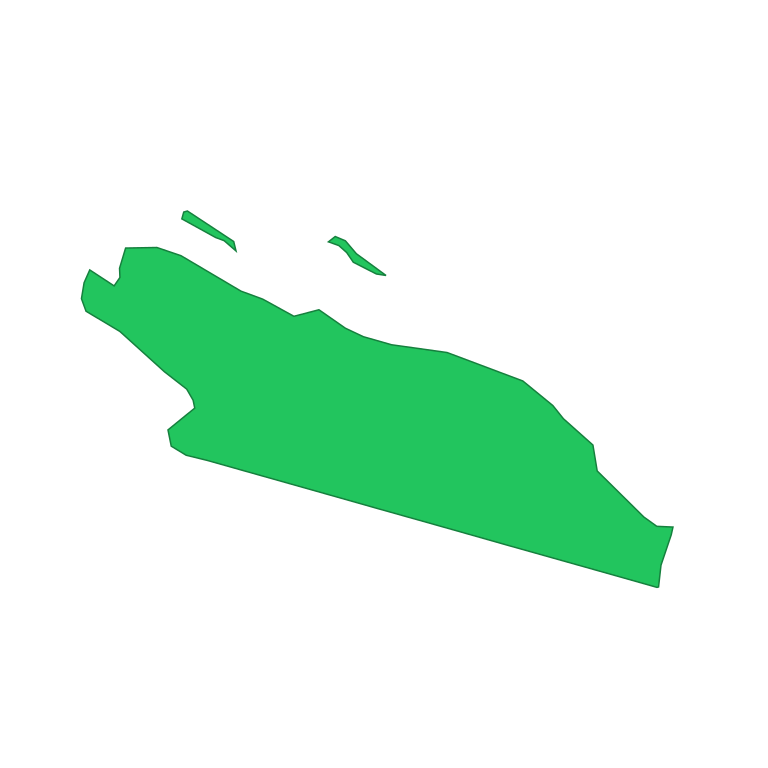 outline of Belize, rotated 284°
{"feature_id": "BLZ", "entity_name": "Belize", "entity_type": "country or territory", "adm_level": 0, "iso_a3": "BLZ", "parent_name": "North America", "parent_adm1": "", "projection": "equal_earth", "projection_center": [-88.465, 17.185], "detail": "fine", "context": "isolated", "style": "filled", "palette": "green", "viewbox_px": 768, "rotation_deg": 284, "n_neighbors": 0, "source": "natural_earth", "source_scale": "50m", "svg_char_len": 947}
<svg xmlns="http://www.w3.org/2000/svg" viewBox="0 0 768 768"><g transform="rotate(284 384 384)"><path d="M267.1,230.4L267.0,209.3L272.2,192.6L287.2,185.5L306.7,200.1L314.8,206.2L322.1,202.7L331.3,193.8L342.7,168.1L371.1,115.0L382.5,77.3L393.6,69.8L409.7,68.5L423.5,70.9L413.9,98.4L423.5,102.0L432.3,99.4L453.4,100.4L461.5,130.6L459.4,155.9L439.5,222.8L437.0,245.8L427.9,280.2L440.3,302.9L428.8,333.0L424.9,352.5L423.9,381.8L429.8,437.6L420.5,518.0L403.9,553.1L393.7,566.5L375.3,601.5L351.2,611.9L317.8,668.3L311.9,683.1L315.1,699.0L307.2,699.2L275.2,696.6L253.5,699.5L252.7,698.1L254.6,637.5L257.4,543.8L259.6,475.1L261.6,408.0L263.2,357.7L265.3,289.4L267.1,230.4ZM485.9,203.7L477.3,208.2L484.4,194.2L485.4,185.2L495.3,147.9L502.4,148.1L504.3,151.4L485.9,203.7ZM503.7,325.7L489.8,359.7L488.9,350.0L494.7,324.8L502.5,316.0L507.4,306.7L508.5,295.7L515.3,301.0L513.6,311.9L503.7,325.7Z" fill="#22c55e" stroke="#15803d" stroke-width="1.5"/></g></svg>